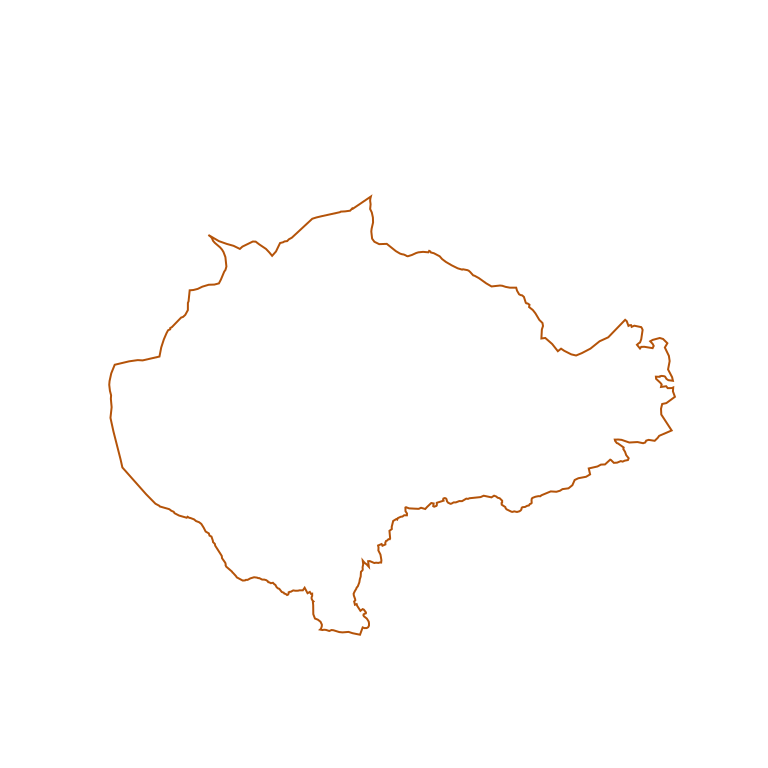 the district of Arieseni, Alba, Romania, rotated 63°
{"feature_id": "2599482B47449436193929", "entity_name": "Arieseni", "entity_type": "district", "adm_level": 2, "iso_a3": "ROU", "parent_name": "Romania", "parent_adm1": "Alba", "projection": "robinson", "projection_center": [22.749, 46.504], "detail": "fine", "context": "isolated", "style": "outline", "palette": "amber", "viewbox_px": 768, "rotation_deg": 63, "n_neighbors": 0, "source": "geoboundaries", "source_scale": "gbopen_adm2", "svg_char_len": 6165}
<svg xmlns="http://www.w3.org/2000/svg" viewBox="0 0 768 768"><g transform="rotate(63 384 384)"><path d="M339.6,655.0L374.2,646.0L386.9,642.0L390.5,639.5L391.3,639.4L397.9,632.3L399.5,631.4L400.2,631.2L402.4,629.4L404.0,629.3L408.2,626.3L413.6,620.5L413.1,619.3L414.9,618.2L415.4,617.4L418.4,614.7L420.8,613.7L423.2,611.5L425.7,610.3L430.1,609.9L434.5,609.9L437.6,607.9L439.9,608.3L441.6,607.0L445.8,607.6L447.2,608.1L449.7,607.3L451.4,607.8L463.5,606.6L465.7,607.4L471.2,606.6L472.8,606.9L473.4,607.4L475.1,607.5L482.2,604.6L483.1,604.6L483.6,604.3L488.4,603.0L489.4,603.0L495.0,599.1L495.9,597.0L495.8,596.0L496.6,594.5L496.5,591.4L497.2,587.5L498.9,585.0L499.9,584.2L500.4,583.2L502.9,581.4L504.0,579.4L505.3,578.0L507.0,577.1L508.0,577.1L508.8,576.1L510.1,575.3L510.7,573.2L512.7,572.6L513.6,572.0L516.4,571.9L518.2,571.1L518.9,570.3L522.9,569.5L524.4,568.1L525.4,568.0L526.6,566.8L528.0,566.2L528.1,565.2L527.5,564.2L526.3,563.5L526.4,562.2L526.8,561.4L526.7,558.6L528.0,556.8L529.2,554.3L529.4,553.2L531.0,550.0L529.5,547.2L535.7,547.1L535.6,544.5L537.9,544.3L538.2,543.2L540.2,544.2L541.1,545.3L542.5,546.0L544.6,546.0L545.8,545.5L546.1,546.4L548.9,547.5L557.0,551.5L561.6,552.0L564.0,549.9L567.0,548.5L570.2,548.6L571.6,549.4L573.5,551.3L573.8,552.4L575.3,550.5L575.7,549.0L576.8,547.3L579.2,544.9L579.4,542.4L580.5,540.8L584.7,536.5L586.5,533.7L588.8,528.1L591.8,525.1L596.5,519.2L591.2,513.5L592.6,512.3L593.6,510.2L593.5,508.5L592.5,507.1L590.4,506.0L588.7,505.5L585.2,505.8L582.0,507.3L580.9,507.4L580.0,506.8L579.9,505.6L580.1,504.3L579.3,503.8L575.9,504.4L574.9,505.2L575.4,508.0L569.4,508.6L567.7,508.3L567.5,510.1L564.2,509.3L563.7,507.8L562.6,507.4L558.8,506.9L557.1,506.3L555.5,504.3L553.8,501.6L553.0,500.8L552.4,499.2L549.5,496.0L546.9,494.1L545.0,492.2L540.9,489.8L540.2,487.7L539.5,487.1L537.6,486.3L535.2,484.4L531.7,483.1L534.5,482.5L536.7,481.4L540.0,480.5L534.7,478.6L535.3,477.1L539.1,473.9L539.6,472.2L540.9,470.2L541.1,468.8L541.8,467.6L539.8,466.3L534.4,464.6L529.8,464.6L527.2,463.1L525.2,462.6L525.5,458.8L527.4,458.8L527.6,455.6L526.0,454.9L524.8,453.5L524.9,452.2L524.3,450.5L524.9,449.3L524.3,448.6L517.3,445.8L516.8,442.9L514.8,442.0L510.2,438.0L509.9,434.3L510.8,433.8L509.8,432.6L509.9,429.3L510.5,427.7L510.1,425.7L511.4,423.2L509.8,422.3L507.1,422.6L503.8,421.0L503.8,420.3L506.2,418.1L509.9,411.7L511.0,409.7L511.1,407.2L514.1,404.0L513.1,401.4L511.5,395.9L513.0,394.0L515.2,395.6L516.1,395.0L516.4,392.6L515.9,391.9L513.8,390.9L515.0,383.9L513.6,383.7L513.0,383.0L513.2,381.7L513.9,380.9L514.9,380.6L517.1,381.1L518.8,380.8L520.9,379.2L521.2,378.2L521.1,375.7L522.1,373.7L522.5,370.1L523.8,367.6L523.5,362.7L524.5,361.3L524.6,359.7L528.6,349.3L528.8,345.9L533.8,339.7L533.5,336.6L535.3,335.0L536.9,334.4L538.3,332.8L541.6,331.7L543.3,332.6L543.4,333.3L545.0,333.9L548.7,331.8L550.1,332.0L551.3,331.7L555.7,328.4L556.3,327.5L556.6,325.8L558.4,323.6L558.9,321.1L558.7,319.6L558.2,318.6L557.0,317.7L556.6,316.7L557.6,314.1L557.5,311.9L558.0,310.0L557.2,308.6L557.3,307.1L557.0,306.4L554.5,305.3L553.2,304.3L552.9,303.4L553.2,300.3L554.0,297.4L555.0,295.6L554.6,294.4L555.4,284.2L558.3,279.3L559.0,275.6L558.7,272.7L560.7,267.0L559.7,262.1L556.1,257.7L556.2,253.6L558.4,246.1L558.1,241.4L552.2,239.9L554.4,231.2L554.3,227.3L556.0,223.6L554.1,216.8L554.7,216.3L558.6,215.0L559.9,212.0L560.2,208.0L561.5,206.6L561.6,204.3L562.5,201.2L561.2,199.7L557.4,200.5L553.8,200.0L550.6,200.3L549.4,199.3L543.2,202.5L542.3,203.4L539.6,203.9L538.3,203.6L540.0,200.2L541.6,197.7L547.5,192.0L550.8,184.5L554.4,180.0L554.7,177.8L553.5,176.1L553.9,173.6L557.5,168.6L556.3,164.7L555.1,162.3L556.0,148.8L537.1,150.8L531.8,148.4L528.1,145.2L529.2,141.1L527.5,130.6L521.7,129.9L518.4,127.9L518.3,129.4L516.5,133.1L514.1,133.6L512.4,138.5L510.4,136.8L508.4,137.2L502.9,139.2L500.9,138.4L502.8,135.0L502.4,134.5L502.8,133.0L504.2,130.9L505.1,130.2L507.7,130.0L509.7,128.9L512.3,125.1L508.7,124.2L500.0,124.3L493.3,119.1L488.3,117.4L479.0,117.2L476.3,113.0L470.6,114.9L468.2,117.4L466.7,124.5L466.8,127.4L470.3,126.4L472.5,126.4L474.0,128.4L469.0,135.2L467.7,138.0L468.6,139.8L463.9,140.8L463.4,138.9L463.2,137.0L460.9,134.5L453.2,129.0L451.5,128.9L450.1,129.0L445.7,134.5L445.5,137.4L443.8,137.1L443.2,138.2L443.2,139.8L438.2,139.2L436.3,140.0L444.2,163.0L443.8,172.5L446.2,184.0L446.3,193.7L445.8,199.9L442.6,203.7L436.3,208.3L432.9,210.2L433.7,214.2L424.7,216.0L416.2,219.4L414.9,223.1L407.1,218.6L404.5,216.0L401.6,215.1L397.4,216.5L389.8,217.0L385.7,217.8L381.3,219.8L379.4,218.4L377.4,219.5L376.8,220.5L376.0,220.8L369.9,219.8L367.7,220.7L366.8,221.9L365.4,222.9L361.2,223.1L358.2,222.5L355.4,228.0L352.7,231.5L350.1,234.1L348.9,236.0L345.9,243.9L340.6,247.3L332.7,251.4L328.6,254.2L327.7,255.2L323.2,256.4L321.5,257.1L320.4,258.0L317.6,261.6L317.6,262.4L314.4,265.8L309.0,269.8L303.4,273.4L299.1,275.5L295.5,276.4L290.1,280.2L288.1,282.5L286.9,282.6L285.9,283.3L286.8,284.7L284.0,289.2L282.3,293.6L281.9,295.8L281.7,300.6L281.0,304.8L280.1,305.8L279.3,306.2L277.6,307.6L276.5,309.1L275.1,310.5L271.0,313.1L260.4,317.9L257.2,324.8L252.9,328.0L249.1,328.6L242.4,326.1L240.1,324.6L235.1,320.4L230.6,318.3L225.6,317.0L221.8,316.9L217.7,314.3L214.5,313.2L212.6,312.0L211.0,310.6L213.7,332.3L213.1,332.5L214.2,335.5L212.5,340.4L210.8,344.2L210.9,345.3L206.2,363.3L204.9,368.7L204.2,372.9L211.8,399.7L211.9,403.1L212.7,405.4L211.8,407.9L211.9,409.6L211.2,412.6L216.9,420.1L219.0,425.5L214.9,426.4L210.1,427.8L202.9,431.8L198.9,433.7L197.5,436.2L197.3,447.8L198.2,451.1L192.6,455.3L187.8,460.5L181.8,466.2L171.5,472.8L174.0,471.6L175.9,471.1L178.8,471.3L181.3,470.7L187.9,468.0L190.8,467.3L193.6,467.1L198.9,467.7L207.8,471.1L210.4,473.5L211.3,475.3L216.9,481.9L219.4,485.4L218.4,490.0L216.0,495.1L214.8,501.7L214.7,506.8L213.7,511.2L212.3,514.6L221.6,520.6L222.7,521.9L229.1,525.2L232.2,529.7L233.0,532.6L232.7,534.6L237.0,547.1L237.1,549.1L238.2,549.7L238.1,552.0L239.9,554.6L244.3,559.9L250.3,565.9L257.6,571.6L253.4,588.3L250.9,592.6L248.1,600.8L244.6,615.2L250.7,622.2L256.8,627.2L260.0,629.2L265.7,631.3L270.2,632.3L273.2,634.1L281.0,637.2L290.0,643.1L303.4,646.6L331.8,653.0L339.6,655.0Z" fill="none" stroke="#b45309" stroke-width="2"/></g></svg>